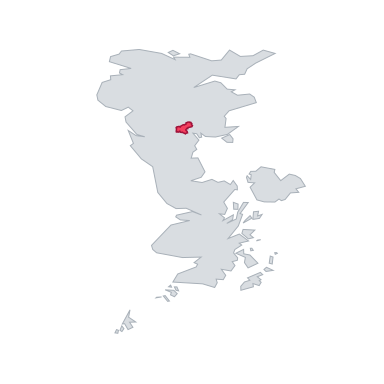 location of Cheshire East within United Kingdom, rotated 190°
{"feature_id": "GBR-5706", "entity_name": "Cheshire East", "entity_type": "Unitary Authority", "adm_level": 1, "iso_a3": "GBR", "parent_name": "United Kingdom", "parent_adm1": "", "projection": "robinson", "projection_center": [-2.299, 53.164], "detail": "fine", "context": "in_parent", "style": "filled", "palette": "rose", "viewbox_px": 384, "rotation_deg": 190, "n_neighbors": 0, "source": "natural_earth", "source_scale": "10m", "svg_char_len": 4663}
<svg xmlns="http://www.w3.org/2000/svg" viewBox="0 0 384 384"><g transform="rotate(190 192 192)"><path d="M208.4,295.2L188.8,305.2L182.6,304.6L175.2,299.4L167.4,300.1L170.7,297.5L164.0,295.2L152.2,298.5L147.2,296.2L144.2,291.2L169.6,278.4L173.4,272.2L171.2,270.3L170.8,261.4L157.7,264.6L167.1,254.9L178.5,250.2L188.4,249.0L193.5,251.5L192.0,247.7L194.2,246.7L197.5,250.2L201.3,250.1L194.2,244.3L197.4,238.0L194.7,234.8L198.0,231.4L198.7,225.2L192.1,226.6L182.7,214.1L185.5,208.1L195.1,202.9L183.7,203.1L174.6,207.9L168.1,206.0L162.2,208.5L155.5,206.0L153.4,210.5L148.5,205.7L147.7,202.0L150.3,201.9L159.0,187.6L154.3,182.0L155.9,175.6L161.2,175.3L155.5,172.2L156.6,169.2L147.3,176.7L147.2,171.8L152.3,167.1L143.7,173.1L143.5,180.0L139.5,190.7L134.8,191.4L140.9,179.1L138.3,178.8L140.5,166.6L148.4,152.4L138.1,158.8L127.8,153.6L136.6,149.8L133.8,148.4L139.8,142.8L140.5,139.2L135.6,135.1L135.5,132.6L140.3,130.4L136.9,127.0L139.9,121.0L149.7,121.0L144.3,115.8L146.0,111.1L153.1,110.4L151.4,107.0L153.1,101.9L165.6,103.4L195.2,100.0L191.8,108.8L174.9,118.9L173.9,121.9L177.7,122.8L171.7,129.5L189.9,125.8L216.3,126.0L220.7,128.6L222.6,132.4L207.0,155.8L189.3,163.5L198.6,162.5L203.7,164.7L203.2,166.5L188.1,172.8L178.7,171.0L194.9,175.0L204.8,172.9L214.7,176.3L225.6,185.6L235.1,210.1L247.6,215.8L260.8,226.9L258.1,229.7L265.5,241.5L256.8,237.8L248.1,238.2L256.3,239.1L269.1,249.4L271.0,254.4L264.2,261.7L269.5,264.5L275.7,260.0L291.8,261.2L300.6,266.1L302.6,271.1L299.5,284.3L291.5,288.5L292.5,292.2L280.7,295.5L284.1,296.6L284.0,300.0L273.4,303.1L296.0,306.0L295.7,311.2L287.8,315.1L285.9,318.6L268.7,323.2L246.0,323.2L231.6,319.4L233.5,321.6L217.5,324.3L219.1,327.1L217.4,327.8L195.4,324.6L186.1,327.0L179.7,338.3L167.9,333.9L155.6,336.8L146.5,344.1L134.2,342.9L151.9,329.8L159.1,322.9L160.6,317.1L165.8,315.7L168.3,311.0L192.3,310.6L208.4,295.2ZM128.4,228.8L114.3,228.6L114.5,225.6L106.6,218.6L99.3,226.5L93.1,226.2L87.6,224.1L81.4,217.3L90.2,213.2L86.8,210.2L94.9,208.2L99.0,200.8L102.5,199.0L105.1,200.2L108.6,196.5L119.1,194.8L126.7,195.5L135.6,206.8L131.9,211.9L138.5,211.2L140.9,215.9L140.5,217.6L136.4,214.5L136.7,219.3L138.9,219.6L137.7,222.5L132.8,223.5L128.4,228.8ZM127.6,107.6L124.7,112.5L119.7,115.1L122.4,117.1L110.7,124.7L108.0,122.9L113.0,119.9L108.8,117.6L110.4,116.3L108.2,115.1L109.6,111.5L116.1,112.4L115.1,109.3L126.8,103.7L127.6,107.6ZM128.1,131.6L128.1,136.9L138.2,139.3L131.2,144.4L130.3,140.1L124.0,140.0L114.7,133.3L123.6,127.0L128.1,131.6ZM231.1,45.4L235.5,50.6L237.7,49.9L232.6,65.2L232.7,57.7L224.8,54.2L230.9,52.9L226.7,48.5L231.1,45.4ZM135.2,164.0L123.5,165.4L127.5,159.9L123.6,157.7L128.4,155.6L135.7,159.9L135.2,164.0ZM166.2,247.0L172.1,250.2L164.8,255.1L160.8,251.5L160.5,247.9L166.2,247.0ZM127.3,175.6L128.0,183.2L123.1,184.6L123.3,179.8L119.1,182.1L121.0,177.7L127.3,175.6ZM195.3,87.0L194.9,89.6L201.5,91.0L192.8,92.0L188.9,89.3L191.1,85.8L195.3,87.0ZM149.5,189.0L144.5,188.1L143.8,182.9L147.9,182.3L149.5,189.0ZM239.6,325.3L235.4,328.2L228.2,326.0L234.0,322.9L239.6,325.3ZM130.7,178.8L128.5,176.6L136.3,170.3L134.6,173.5L130.7,178.8ZM105.3,126.6L107.7,128.2L105.6,130.8L98.5,128.9L105.3,126.6ZM103.8,142.5L100.9,142.0L100.5,135.0L103.6,135.3L103.8,142.5ZM237.9,48.0L235.3,45.6L236.8,42.4L238.9,43.3L237.9,48.0ZM202.2,84.6L200.4,85.3L195.3,80.7L197.0,80.1L202.2,84.6ZM192.9,95.5L190.4,95.9L188.0,92.3L190.6,92.4L192.9,95.5ZM243.4,39.9L242.4,43.4L240.4,43.0L240.5,40.0L243.4,39.9ZM208.6,82.2L203.7,83.4L209.1,81.5L208.6,82.2ZM124.8,146.7L123.3,147.0L121.5,145.2L123.9,144.3L124.8,146.7ZM198.6,94.6L196.9,96.6L195.6,94.7L198.6,94.6ZM119.0,156.1L116.0,157.0L120.1,155.0L119.0,156.1ZM100.0,146.6L98.1,147.0L97.3,146.4L99.2,145.1L100.0,146.6Z" fill="#d9dde1" stroke="#a8b0b8" stroke-width="1"/><path d="M217.7,248.4L217.7,248.6L218.1,249.0L218.1,249.4L218.2,251.4L218.3,252.1L218.8,252.4L218.6,253.0L218.0,253.7L217.4,253.7L216.6,254.2L215.8,254.2L215.3,254.0L215.0,254.0L215.2,254.5L214.6,254.8L213.5,255.7L212.6,256.5L212.0,256.8L211.2,256.7L210.6,257.4L209.9,257.5L209.7,257.9L209.9,259.0L209.6,259.3L208.6,259.6L208.4,260.0L208.0,260.2L207.3,260.3L206.6,260.1L206.3,260.5L205.6,260.3L205.1,260.3L204.9,259.7L204.1,259.4L204.2,258.7L204.2,258.2L203.6,257.9L203.1,257.6L203.4,256.4L204.3,255.9L205.8,255.3L207.1,254.8L207.1,254.1L207.2,253.6L208.0,253.8L208.4,253.1L208.9,252.3L208.6,251.6L207.4,250.9L206.7,249.5L208.1,248.8L208.4,248.3L208.5,248.1L209.2,248.3L209.9,248.6L211.0,248.7L211.7,249.2L212.3,249.1L212.8,248.8L213.5,248.8L214.2,249.1L214.2,249.3L214.2,249.5L214.5,249.8L215.0,249.6L215.2,248.9L215.4,248.7L216.3,248.6L217.0,248.9L217.3,248.4L217.7,248.4Z" fill="#f43f5e" stroke="#9f1239" stroke-width="1.5"/></g></svg>